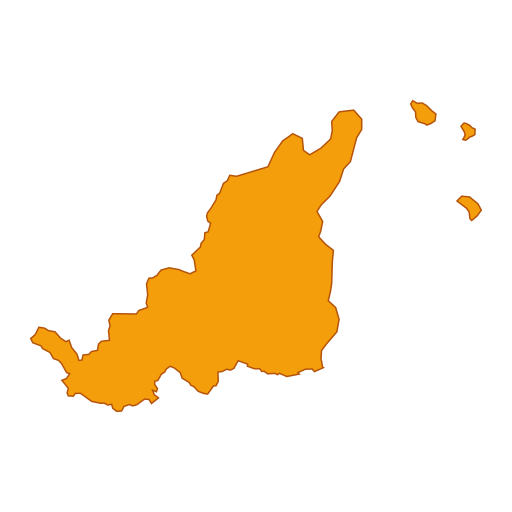 outline of Fajardo, Puerto Rico
{"feature_id": "32010507B96449576459370", "entity_name": "Fajardo", "entity_type": "district", "adm_level": 2, "iso_a3": "PRI", "parent_name": "Puerto Rico", "parent_adm1": "", "projection": "mercator", "projection_center": [-65.654, 18.33], "detail": "fine", "context": "isolated", "style": "filled", "palette": "amber", "viewbox_px": 512, "rotation_deg": 0, "n_neighbors": 0, "source": "geoboundaries", "source_scale": "gbopen_adm2", "svg_char_len": 3398}
<svg xmlns="http://www.w3.org/2000/svg" viewBox="0 0 512 512"><path d="M30.7,338.5L32.7,342.7L41.1,345.9L42.5,348.5L50.0,352.5L53.5,358.6L58.4,360.3L61.5,363.5L66.7,372.7L69.7,373.7L66.4,378.6L61.9,380.3L68.3,388.2L67.1,392.9L68.4,395.9L73.4,396.2L75.3,393.4L80.5,393.3L91.7,401.4L100.9,403.3L104.1,403.1L107.8,405.0L111.6,404.3L112.8,408.3L116.6,411.3L121.6,411.0L123.9,406.5L129.3,404.5L132.8,405.9L137.0,404.6L144.5,399.1L148.9,399.4L151.5,403.5L158.5,397.9L154.3,394.7L152.6,390.2L156.4,391.7L157.5,388.7L154.7,384.4L154.7,381.3L157.8,380.5L161.3,374.3L164.8,371.9L166.3,369.0L170.1,366.3L174.2,367.9L180.3,372.7L182.2,378.2L189.1,382.4L190.8,385.2L193.9,386.7L198.2,391.3L203.5,393.4L207.6,394.1L213.6,385.8L216.0,385.8L218.3,381.2L217.9,372.1L222.2,371.5L226.8,369.2L230.3,370.1L233.9,368.4L238.1,360.7L247.6,364.1L247.4,366.2L254.6,368.8L259.8,368.8L261.7,371.4L264.4,371.4L267.6,373.8L275.1,373.4L277.4,374.7L279.4,373.3L286.8,376.5L299.2,374.1L297.9,372.6L305.3,369.2L309.7,369.1L312.0,368.9L314.5,371.6L323.2,367.7L322.7,367.5L321.0,358.5L321.2,355.7L321.5,350.6L326.6,343.8L336.8,331.9L337.7,327.1L338.8,320.8L338.9,320.2L339.0,320.0L339.1,319.4L337.7,314.6L335.9,308.4L335.7,307.6L334.5,306.5L328.3,300.8L330.6,290.6L331.7,283.2L332.3,262.3L332.5,260.0L333.4,250.4L326.5,245.0L326.1,244.7L325.5,244.2L322.5,241.0L318.7,236.9L321.0,230.1L321.3,228.2L322.7,221.6L321.7,219.8L317.9,213.1L317.0,211.4L321.0,205.2L323.3,202.8L330.0,196.1L332.0,193.1L338.7,182.8L339.6,181.4L343.6,169.0L346.8,165.5L350.4,161.6L354.6,145.5L356.5,138.3L356.6,137.9L361.7,129.4L361.7,127.4L361.7,121.7L361.7,119.6L361.7,119.2L353.8,110.2L353.3,110.2L349.7,110.6L343.6,111.3L339.1,111.9L337.5,113.9L331.7,121.5L332.0,126.4L332.3,130.5L331.7,133.6L331.6,133.8L330.6,139.0L321.0,148.1L309.7,154.8L303.4,150.3L303.1,146.3L302.3,138.4L292.8,133.7L287.8,137.3L282.7,140.9L280.7,143.7L275.1,151.6L274.3,152.8L267.9,166.8L262.6,168.4L261.9,168.6L244.8,173.8L236.5,176.3L229.8,175.3L227.3,180.7L223.5,183.3L219.7,193.1L216.8,195.4L216.5,197.4L216.1,199.7L211.2,207.8L207.5,212.9L206.6,216.3L207.8,221.1L210.6,223.3L208.2,231.8L204.9,232.8L204.3,239.6L201.1,243.3L200.4,247.0L191.8,255.2L194.2,259.8L195.7,269.5L195.9,270.9L190.0,273.8L183.5,271.5L178.9,269.6L169.1,267.8L161.0,270.1L156.9,275.4L152.5,278.0L148.9,278.2L146.5,283.9L147.7,294.8L146.2,303.0L147.6,307.0L146.5,307.8L138.8,310.5L136.4,314.0L112.7,313.7L108.8,320.2L110.1,325.8L108.5,330.7L109.5,340.3L101.4,341.3L98.5,344.1L97.5,350.3L91.3,351.6L88.9,354.4L83.1,355.0L81.9,360.1L78.9,360.4L77.0,354.2L71.7,347.6L69.1,340.2L65.9,341.7L60.5,338.1L55.0,331.8L48.4,330.6L44.7,328.2L39.0,327.2L35.2,334.6L30.7,338.5ZM410.7,103.9L412.4,107.8L415.5,111.8L415.8,117.4L418.1,121.7L424.9,123.7L426.8,125.1L431.1,123.4L435.0,120.8L435.9,114.0L431.9,110.9L430.2,109.2L426.8,105.8L422.3,103.0L417.2,103.3L412.7,100.7L412.4,101.2L410.7,103.9ZM457.4,200.6L457.0,201.0L466.3,208.1L466.6,208.4L469.1,212.0L470.0,218.8L471.7,220.5L477.3,215.7L478.6,213.9L481.3,210.1L477.9,203.8L470.2,197.5L469.7,197.0L461.8,196.2L458.4,199.5L457.4,200.6ZM463.9,123.1L461.0,126.4L464.2,131.6L465.2,134.7L464.7,135.7L463.9,137.8L462.8,139.5L465.5,140.2L467.0,139.4L468.6,138.1L469.7,137.0L471.6,136.5L473.5,135.4L474.9,134.6L474.9,133.6L474.9,132.6L475.1,129.9L475.0,129.0L471.7,127.6L470.0,125.5L466.7,123.8L465.1,123.2L463.9,123.1Z" fill="#f59e0b" stroke="#b45309" stroke-width="1.5"/></svg>